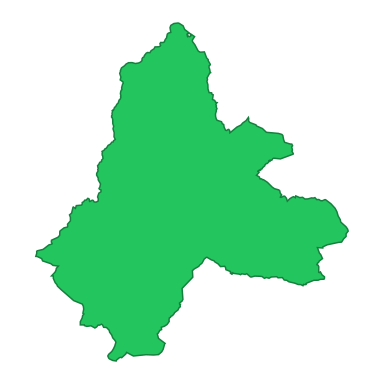 outline of Runcu, Vâlcea, Romania
{"feature_id": "2599482B23633256734970", "entity_name": "Runcu", "entity_type": "district", "adm_level": 2, "iso_a3": "ROU", "parent_name": "Romania", "parent_adm1": "Vâlcea", "projection": "equal_earth", "projection_center": [24.459, 45.191], "detail": "fine", "context": "isolated", "style": "filled", "palette": "green", "viewbox_px": 384, "rotation_deg": 0, "n_neighbors": 0, "source": "geoboundaries", "source_scale": "gbopen_adm2", "svg_char_len": 5942}
<svg xmlns="http://www.w3.org/2000/svg" viewBox="0 0 384 384"><path d="M284.2,280.0L286.7,280.3L288.9,281.8L294.9,283.2L298.1,284.5L300.8,284.6L303.0,285.7L303.6,284.4L304.5,284.7L306.0,284.5L306.2,284.2L305.9,283.8L306.5,283.2L313.9,280.3L318.2,280.2L320.1,279.4L324.0,279.2L324.5,278.2L324.5,276.8L322.0,274.8L320.4,271.9L319.3,272.6L318.7,272.3L318.8,266.7L318.2,265.3L316.9,264.7L317.6,263.1L318.6,262.4L319.3,261.0L322.5,258.6L320.6,254.3L319.5,253.3L317.4,247.6L322.8,248.0L322.9,246.8L327.2,244.8L338.5,242.4L341.6,242.1L343.7,238.8L346.1,236.5L346.1,233.8L348.2,231.1L347.6,229.1L346.0,226.8L340.8,222.1L340.2,219.5L338.2,216.1L336.9,211.7L335.1,208.3L331.0,203.8L325.6,199.7L324.7,199.7L322.2,200.8L320.5,200.6L318.9,199.5L316.7,199.6L314.9,197.6L313.3,198.1L311.5,197.9L307.9,198.9L304.9,199.0L302.6,197.3L299.7,197.6L295.8,195.9L295.3,197.7L293.7,196.7L292.4,197.1L289.9,198.6L287.3,201.2L286.4,198.2L284.7,196.2L283.9,196.1L281.4,197.3L280.4,197.3L280.5,196.6L281.7,195.0L280.2,193.1L279.8,190.9L278.8,189.9L274.5,188.7L272.2,187.1L267.4,182.3L263.5,179.7L262.5,179.7L261.7,178.9L260.0,178.8L259.4,177.0L256.5,175.3L259.1,172.4L259.0,171.9L257.8,171.4L257.9,171.1L259.4,170.0L259.8,170.2L259.8,171.0L260.2,169.9L260.7,170.0L261.0,169.1L261.9,169.0L262.7,167.6L264.8,165.8L264.8,165.1L266.4,163.5L267.2,163.5L268.8,162.0L268.8,160.8L269.3,160.4L269.6,160.3L269.5,160.9L270.0,161.2L271.1,160.2L271.8,160.2L272.7,158.7L273.7,158.2L280.4,158.9L293.1,154.2L293.3,153.7L291.9,151.1L292.4,150.4L292.4,149.7L291.7,146.9L292.6,145.8L291.8,144.1L290.1,144.0L284.6,142.3L283.7,139.9L282.8,135.4L281.8,134.4L278.4,133.4L266.4,132.3L262.4,128.5L256.8,126.1L255.9,124.8L250.1,122.6L249.3,122.0L248.6,120.8L248.7,118.4L248.4,117.4L246.1,120.6L242.7,123.0L240.9,125.1L237.0,127.0L230.4,132.5L229.9,132.8L229.7,130.7L228.8,129.4L228.2,129.4L226.6,130.5L225.5,130.2L224.1,127.1L223.7,124.5L222.3,123.7L221.5,121.7L217.1,120.3L216.2,118.8L215.6,116.4L215.5,113.9L216.3,111.1L216.3,109.7L217.0,108.8L216.1,106.7L216.4,105.9L215.8,104.3L217.1,102.6L215.6,102.3L214.7,100.4L212.5,99.5L213.2,94.8L211.9,94.1L211.6,92.8L209.1,92.6L208.0,89.0L207.9,84.7L206.9,81.4L207.5,79.5L207.1,77.9L209.7,73.1L210.6,72.7L210.2,72.2L209.6,69.0L209.0,67.7L209.1,65.8L210.2,64.9L210.3,64.3L208.2,60.7L208.2,59.6L206.6,57.9L204.4,51.9L200.2,52.2L198.8,51.4L198.0,50.7L194.8,44.6L192.5,41.6L192.4,40.1L194.6,36.6L190.8,34.0L190.4,34.2L190.9,35.8L189.8,36.7L188.8,36.3L187.6,36.7L187.3,35.8L187.8,35.1L187.1,34.7L187.0,34.2L187.7,33.5L189.5,33.2L184.7,29.5L183.1,25.8L179.3,23.4L178.1,23.0L173.9,23.5L170.8,25.4L170.0,27.7L170.8,32.4L168.4,33.1L167.3,34.1L166.5,38.0L165.3,39.4L164.3,41.9L163.2,42.5L160.6,42.5L159.9,43.8L160.6,45.5L160.3,46.0L158.8,46.8L155.0,46.9L154.0,48.8L151.1,50.7L149.9,52.7L147.5,52.5L146.2,53.2L144.4,55.5L143.9,57.0L142.7,57.6L142.0,58.9L142.0,60.6L140.5,62.1L138.6,63.0L135.3,63.5L132.1,62.6L128.5,62.7L126.0,64.1L124.6,65.7L121.5,67.9L120.4,70.6L120.6,71.0L119.7,73.4L120.9,77.1L120.2,79.9L122.9,81.8L123.2,83.4L122.6,84.1L121.6,87.8L121.9,89.7L121.2,90.2L120.7,91.8L120.4,93.6L120.9,96.0L120.6,96.5L120.8,97.6L120.1,99.3L119.1,100.1L118.1,103.2L117.0,104.1L115.6,106.6L114.5,107.4L113.8,109.4L113.1,109.8L113.3,110.3L112.2,110.7L112.5,111.5L112.0,113.4L112.2,114.8L111.6,115.8L111.6,117.2L112.1,117.4L112.7,119.5L112.8,123.7L113.7,126.2L113.0,128.8L114.2,132.6L114.0,136.8L115.3,139.4L113.5,140.8L113.2,141.9L111.8,142.2L110.3,144.2L108.1,145.4L106.4,148.2L105.1,148.7L103.9,150.4L102.0,151.4L102.4,152.7L102.1,153.6L102.2,155.2L102.7,156.0L103.0,158.6L101.6,160.1L101.5,161.6L99.7,162.4L98.6,164.7L97.6,165.5L97.8,167.2L98.3,168.1L97.7,169.6L98.1,170.9L96.7,173.3L96.6,175.1L98.2,178.0L98.2,179.8L100.5,183.9L99.9,186.9L99.0,188.5L99.5,189.3L101.1,190.1L100.9,191.9L98.9,193.1L97.7,196.4L97.6,197.1L98.3,198.7L98.2,200.9L96.5,202.0L95.0,202.1L94.1,201.9L93.3,200.5L92.2,200.2L89.8,201.5L89.4,201.0L89.3,199.2L87.9,198.3L86.1,200.1L84.7,200.2L83.8,201.6L82.2,202.5L82.2,204.0L81.6,205.1L76.3,205.6L75.4,208.4L73.4,207.0L73.0,207.2L71.6,213.1L69.5,214.9L70.4,217.3L70.4,220.9L67.5,224.2L67.7,226.3L67.5,227.0L64.1,227.8L60.1,230.9L59.8,231.7L59.7,235.3L57.9,237.3L51.5,240.2L51.3,242.0L52.1,243.5L51.8,244.1L48.9,244.9L43.1,249.4L37.2,250.8L36.7,251.4L36.7,253.4L35.8,256.4L37.2,256.5L41.7,258.6L42.6,260.9L50.9,263.7L53.0,265.4L58.4,266.1L56.3,268.4L56.0,270.2L55.0,272.2L51.5,275.9L53.3,276.0L53.3,278.4L55.2,282.7L56.8,284.5L57.5,286.2L61.4,289.9L73.7,300.6L82.3,304.1L83.3,306.1L83.7,309.1L82.9,313.3L83.9,314.0L82.6,315.6L82.2,317.9L80.3,321.7L80.3,324.9L84.3,324.9L84.4,325.6L86.8,326.4L91.0,325.8L94.9,328.0L96.6,327.0L98.1,325.1L99.7,325.1L101.5,324.2L102.6,325.0L103.6,327.3L106.5,327.5L109.2,330.3L109.6,332.2L111.7,335.0L112.7,337.8L115.0,340.5L115.9,342.1L114.8,346.0L113.3,349.1L111.8,351.5L108.7,354.3L107.8,356.0L108.6,358.0L109.4,358.9L112.8,360.5L116.2,361.0L116.5,360.1L119.4,357.7L121.0,357.3L121.7,357.7L125.8,354.0L126.6,352.4L133.4,356.0L146.1,354.7L153.7,355.0L158.5,354.6L161.7,351.9L163.2,349.2L164.7,343.8L165.1,343.4L158.5,338.4L157.3,333.9L158.2,333.2L159.9,330.3L161.6,329.6L161.3,327.3L164.5,326.2L167.1,324.5L169.2,321.5L169.0,319.8L169.4,317.8L170.5,317.4L170.8,316.4L172.5,315.6L174.1,313.7L174.5,312.7L178.0,310.0L179.2,307.5L180.3,306.8L180.1,305.0L180.4,304.4L179.7,304.4L179.5,303.0L181.9,301.3L182.9,299.5L182.1,288.4L192.8,277.2L192.4,270.7L194.2,269.0L198.7,266.4L200.1,264.6L201.3,263.8L202.2,262.9L204.2,259.1L206.3,257.4L207.0,257.3L211.4,259.9L213.9,260.7L215.0,262.0L218.1,263.9L220.5,266.6L224.7,266.3L225.5,267.5L225.9,269.7L230.4,271.5L230.4,273.2L231.9,274.2L232.2,274.0L232.0,272.9L232.7,272.7L232.9,273.3L239.0,274.1L240.6,274.7L241.8,273.8L245.2,274.4L246.7,273.7L250.4,276.9L251.5,277.0L254.8,276.1L260.2,276.3L262.4,276.6L263.4,277.7L264.6,278.3L266.1,277.5L269.1,278.2L271.3,277.0L276.7,276.7L278.0,277.8L282.4,277.6L284.2,280.0Z" fill="#22c55e" stroke="#15803d" stroke-width="1.5"/></svg>